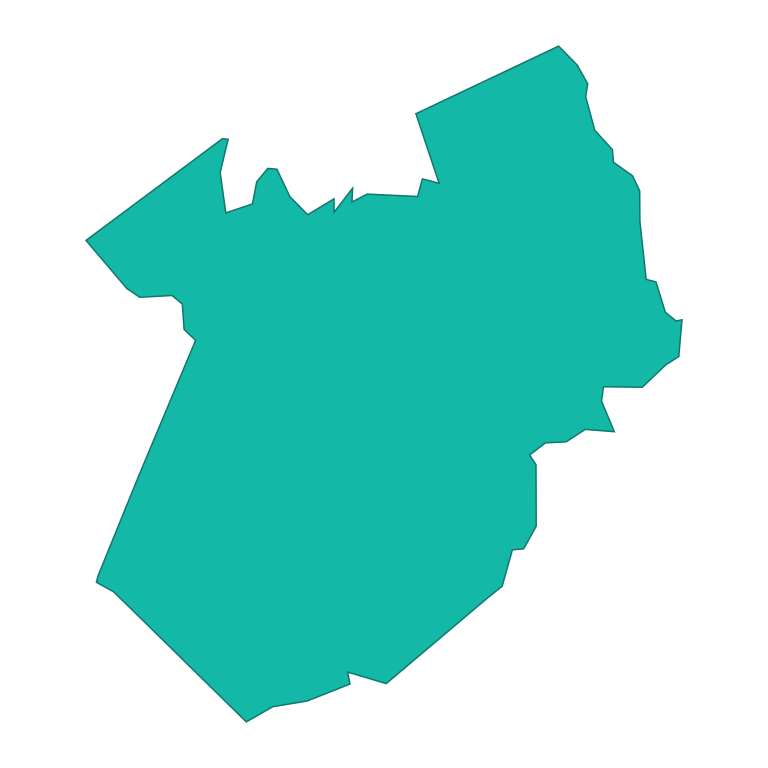 outline of Kershaw, South Carolina, United States of America
{"feature_id": "52423323B16296289860077", "entity_name": "Kershaw", "entity_type": "district", "adm_level": 2, "iso_a3": "USA", "parent_name": "United States of America", "parent_adm1": "South Carolina", "projection": "natural_earth1", "projection_center": [-80.553, 34.342], "detail": "fine", "context": "isolated", "style": "filled", "palette": "teal", "viewbox_px": 768, "rotation_deg": 0, "n_neighbors": 0, "source": "geoboundaries", "source_scale": "gbopen_adm2", "svg_char_len": 989}
<svg xmlns="http://www.w3.org/2000/svg" viewBox="0 0 768 768"><path d="M679.0,353.8L682.0,319.8L676.1,321.0L665.3,312.2L656.0,281.9L646.2,279.4L639.9,221.4L639.7,190.9L632.5,175.8L613.5,162.3L612.4,149.6L594.8,130.3L585.7,96.8L587.7,83.7L577.1,65.0L558.6,46.1L415.9,113.7L439.1,183.3L422.4,178.9L417.6,196.5L367.2,194.1L352.0,202.0L352.6,188.2L334.1,212.2L334.0,198.8L307.7,214.7L289.9,196.7L276.9,169.2L267.8,168.4L256.7,181.8L252.5,203.9L225.8,212.9L220.2,172.6L228.1,139.3L222.4,138.7L86.0,240.4L126.8,288.5L139.7,297.3L172.0,295.5L182.3,304.0L184.1,329.5L195.6,340.3L139.3,474.5L124.2,511.5L97.9,576.2L96.4,582.3L113.6,591.8L145.1,622.6L189.8,666.5L246.3,721.9L272.8,706.7L307.1,701.0L350.0,684.0L347.6,672.1L386.2,683.6L487.0,598.4L502.2,586.2L512.4,549.8L523.7,548.8L536.2,526.2L536.0,464.8L529.6,455.0L545.4,442.9L566.2,441.8L585.2,429.4L614.3,431.7L601.5,401.0L603.5,386.8L642.3,387.2L665.9,364.8L678.9,356.4L679.0,353.8Z" fill="#14b8a6" stroke="#0f766e" stroke-width="1.5"/></svg>